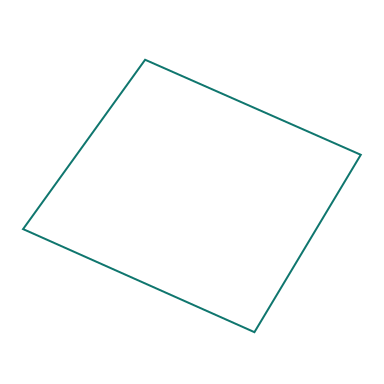 an SVG outline of City of Hamilton, rotated 31°
{"feature_id": "BMU-5134", "entity_name": "City of Hamilton", "entity_type": "state/province", "adm_level": 1, "iso_a3": "BMU", "parent_name": "Bermuda", "parent_adm1": "", "projection": "natural_earth1", "projection_center": [-64.788, 32.293], "detail": "fine", "context": "isolated", "style": "outline", "palette": "teal", "viewbox_px": 384, "rotation_deg": 31, "n_neighbors": 0, "source": "natural_earth", "source_scale": "10m", "svg_char_len": 222}
<svg xmlns="http://www.w3.org/2000/svg" viewBox="0 0 384 384"><g transform="rotate(31 192 192)"><path d="M317.7,280.0L66.3,310.8L83.7,102.8L317.5,73.2L317.7,280.0Z" fill="none" stroke="#0f766e" stroke-width="2"/></g></svg>